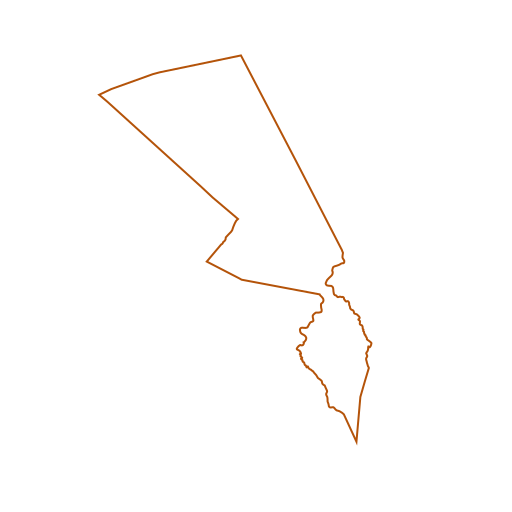 Santa Maria del Real, Olancho, Honduras (Natural Earth projection), rotated 337°
{"feature_id": "27666195B43578423594427", "entity_name": "Santa Maria del Real", "entity_type": "district", "adm_level": 2, "iso_a3": "HND", "parent_name": "Honduras", "parent_adm1": "Olancho", "projection": "natural_earth1", "projection_center": [-85.945, 14.782], "detail": "fine", "context": "isolated", "style": "outline", "palette": "amber", "viewbox_px": 512, "rotation_deg": 337, "n_neighbors": 0, "source": "geoboundaries", "source_scale": "gbopen_adm2", "svg_char_len": 6064}
<svg xmlns="http://www.w3.org/2000/svg" viewBox="0 0 512 512"><g transform="rotate(337 256 256)"><path d="M266.1,354.1L266.1,354.8L265.4,355.7L264.7,356.1L264.4,356.3L264.0,356.3L263.3,356.2L262.6,355.8L262.1,355.3L261.9,355.2L261.6,355.3L260.3,355.5L259.4,355.9L258.1,356.6L257.6,357.0L257.3,357.3L257.2,357.7L257.2,357.9L257.3,358.1L258.0,358.9L258.7,359.8L259.0,360.2L259.2,360.9L259.3,361.2L259.4,361.8L259.2,362.3L259.2,362.5L259.4,362.8L259.4,363.1L259.3,363.4L259.2,363.5L258.7,363.5L258.3,363.4L258.1,363.5L258.2,364.1L258.4,364.5L258.5,364.8L258.4,365.0L257.9,365.4L257.8,365.6L257.8,365.8L258.0,366.1L258.4,366.6L258.6,367.4L258.7,367.7L258.6,367.8L258.5,368.0L258.3,368.1L257.8,368.0L257.4,368.1L257.3,368.3L257.3,368.5L257.5,368.9L257.7,369.5L258.0,369.9L258.1,370.1L257.9,370.8L257.7,371.2L257.7,371.3L258.1,372.2L258.3,372.5L258.6,372.7L258.7,372.9L258.6,373.5L258.4,374.6L258.4,375.2L258.5,375.5L258.7,375.9L259.0,376.1L259.1,376.4L259.1,377.3L259.1,378.2L259.2,378.3L260.5,377.9L260.6,378.0L260.6,379.7L260.7,379.9L260.8,380.3L261.5,381.4L262.3,382.3L262.4,382.5L262.4,382.8L262.7,383.3L263.1,384.0L263.4,384.4L263.6,384.6L263.7,385.7L264.9,389.2L265.3,392.3L265.5,392.8L266.5,394.3L267.0,395.3L267.5,396.2L267.6,396.6L267.6,396.8L267.6,397.2L267.3,398.7L267.2,399.3L267.4,400.1L267.8,400.9L268.0,401.2L268.4,401.7L268.6,401.9L268.6,402.2L268.7,402.8L268.6,403.9L268.7,406.7L268.7,407.7L268.6,408.3L268.4,408.7L267.8,409.3L266.9,410.1L266.7,410.5L266.5,410.9L266.4,411.5L266.5,413.8L266.3,414.5L266.0,415.5L265.2,417.5L265.0,418.1L265.0,418.5L264.9,420.3L264.7,421.5L264.4,422.6L264.4,423.1L264.5,423.5L264.7,423.9L264.9,424.2L265.3,424.5L265.8,424.7L267.6,425.2L267.9,425.3L268.2,425.6L268.4,425.9L268.7,426.5L268.9,427.2L269.3,428.5L269.8,429.4L270.1,429.8L270.8,430.3L271.5,430.9L272.0,431.3L272.5,431.9L274.0,434.0L275.0,436.1L275.9,466.2L297.0,426.5L307.4,413.7L316.1,403.2L316.2,402.5L316.0,401.2L316.1,400.4L316.3,398.8L316.4,397.6L316.6,396.7L316.9,394.4L317.1,393.9L317.4,393.3L318.0,392.7L318.8,392.2L319.1,391.9L319.2,391.6L319.4,391.2L319.4,390.8L319.4,389.8L319.4,388.7L320.0,388.0L321.1,387.4L321.6,387.0L322.0,386.6L322.4,386.1L323.1,385.0L323.6,383.8L324.0,383.3L324.1,383.2L324.3,383.3L324.4,383.5L324.5,384.0L324.7,384.3L325.1,384.4L325.5,384.2L326.3,383.7L327.2,382.8L327.9,381.8L328.1,381.5L328.2,381.3L328.1,380.7L327.7,379.8L326.7,378.0L325.9,376.8L325.6,376.1L325.6,375.7L325.9,375.2L326.0,374.5L326.0,374.1L325.6,373.1L325.7,372.4L325.9,371.9L325.8,371.6L325.4,371.2L325.3,370.8L325.3,370.7L325.5,370.6L325.5,370.4L325.5,370.1L325.4,369.6L325.4,369.1L325.5,368.8L325.7,368.4L325.8,368.1L325.7,367.6L325.4,367.2L325.4,366.8L325.5,366.7L325.8,366.2L326.1,365.8L326.1,365.5L325.8,364.9L325.8,364.7L326.4,363.1L326.5,362.4L326.5,361.9L326.4,361.3L325.3,360.1L325.1,359.7L325.0,359.4L325.0,359.1L325.1,358.8L326.0,357.2L326.2,356.7L326.2,356.4L326.1,356.1L325.9,355.6L325.5,355.0L325.4,354.6L325.5,354.5L325.6,354.3L326.6,354.0L327.0,353.7L327.3,353.3L327.3,352.6L327.2,352.0L326.9,351.1L326.5,350.2L326.2,349.4L325.6,348.7L324.6,347.9L324.3,347.6L324.1,347.4L324.1,347.1L324.0,346.7L324.1,346.3L324.2,345.8L324.3,345.3L324.3,344.7L324.2,344.4L324.1,344.0L323.7,343.5L323.4,343.2L322.9,342.8L322.8,342.5L322.5,342.1L322.4,341.6L322.3,341.1L322.3,340.7L322.4,340.4L322.6,339.8L322.7,338.9L322.7,338.3L322.7,337.6L322.7,337.3L322.8,337.0L323.1,336.4L323.3,335.6L323.4,334.9L323.3,334.3L323.1,333.7L322.7,333.4L322.2,333.2L321.7,333.2L321.4,333.2L321.1,333.0L320.9,332.8L320.7,332.3L320.6,331.4L320.3,330.7L320.3,329.8L320.5,329.0L320.5,328.7L320.4,328.3L320.2,327.9L319.9,327.7L319.7,327.5L319.4,327.5L319.0,327.4L318.8,327.3L318.0,326.6L317.2,326.2L316.9,326.1L316.4,326.1L315.9,326.0L315.5,325.9L315.1,325.7L314.9,325.4L314.6,324.4L314.4,323.8L313.7,323.2L313.3,322.8L313.2,322.5L313.0,322.0L312.9,321.6L312.9,321.3L313.5,318.7L314.0,317.3L314.4,315.9L314.5,315.1L314.4,314.3L314.0,313.5L313.7,313.1L313.5,312.9L313.1,312.7L312.1,312.2L310.8,311.5L309.9,310.8L309.6,310.5L309.5,310.1L309.4,309.7L309.3,309.2L309.4,308.6L309.6,308.2L310.4,307.4L311.9,306.0L313.1,305.4L314.5,304.8L316.9,303.9L317.7,303.6L318.6,303.1L319.1,302.7L319.7,302.0L320.2,301.1L320.4,300.4L320.4,299.4L320.6,299.0L321.1,298.2L322.0,297.1L322.3,296.8L322.8,296.4L323.4,296.3L324.1,296.2L326.8,296.5L328.6,296.6L329.7,296.6L330.8,296.3L331.5,296.3L332.8,296.4L333.4,296.7L333.7,296.8L334.1,296.7L334.5,296.5L334.7,296.2L335.0,295.8L335.2,295.2L335.4,294.6L335.4,294.4L335.2,293.4L335.0,292.1L335.0,291.5L335.1,291.0L335.4,290.3L336.1,289.0L337.1,287.4L337.3,287.0L337.3,286.6L337.3,285.4L337.4,284.2L330.0,185.1L320.5,65.5L239.2,49.3L232.0,48.3L188.2,45.8L174.6,46.3L179.4,55.8L232.1,169.8L238.9,185.1L253.9,214.9L252.8,215.3L251.6,215.8L249.4,217.5L246.6,220.2L244.1,223.0L242.5,224.0L238.9,225.5L235.6,227.0L235.1,227.6L234.7,228.5L234.0,229.2L233.1,229.8L231.9,230.2L231.0,230.5L230.7,230.9L230.4,231.2L229.9,231.5L229.3,231.7L228.4,231.8L208.5,241.9L231.9,270.1L233.5,272.2L299.6,316.2L299.6,316.6L299.8,317.5L300.3,318.7L300.7,319.8L301.0,320.9L301.1,321.6L301.0,322.4L300.8,323.1L300.3,323.9L299.9,324.3L299.5,324.6L299.1,324.9L297.6,325.3L297.1,325.6L296.6,326.6L295.8,329.0L295.5,330.8L295.3,331.5L294.8,332.4L294.6,332.7L294.3,332.9L294.0,333.0L293.7,333.0L292.6,332.8L291.7,332.6L289.2,331.6L288.8,331.5L287.0,332.0L285.7,332.5L285.4,332.8L285.0,333.0L284.8,333.4L284.6,333.8L284.3,334.7L284.0,336.4L283.8,337.1L283.6,337.8L283.4,338.1L283.2,338.2L283.0,338.3L282.3,338.4L281.8,338.4L281.1,338.3L280.7,338.3L280.1,338.4L279.6,338.6L278.9,339.1L276.1,341.3L275.8,341.6L275.4,341.8L275.1,341.8L274.7,341.8L273.6,341.6L272.1,340.9L270.7,340.1L270.0,339.9L269.5,339.8L269.0,339.9L268.5,340.1L268.1,340.4L267.8,340.8L267.6,341.1L267.5,341.6L267.3,342.2L267.1,343.3L267.2,343.8L267.2,344.3L267.5,345.1L267.9,345.8L268.4,346.4L269.1,347.2L269.7,348.2L270.1,349.0L270.2,349.6L270.3,350.2L270.3,350.8L270.1,351.3L269.9,351.8L269.4,352.4L269.0,352.8L268.0,353.4L267.0,353.9L266.5,354.1L266.1,354.1Z" fill="none" stroke="#b45309" stroke-width="2"/></g></svg>